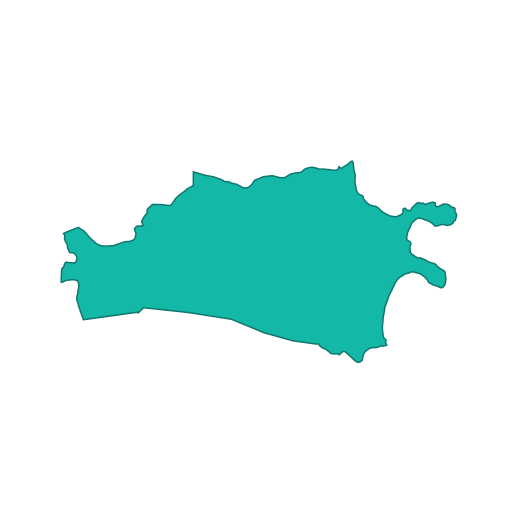 Monchy/Mount Layau, Gros Islet, Saint Lucia (Mercator projection), rotated 31°
{"feature_id": "8701671B54690332526022", "entity_name": "Monchy/Mount Layau", "entity_type": "district", "adm_level": 2, "iso_a3": "LCA", "parent_name": "Saint Lucia", "parent_adm1": "Gros Islet", "projection": "mercator", "projection_center": [-60.92, 14.069], "detail": "fine", "context": "isolated", "style": "filled", "palette": "teal", "viewbox_px": 512, "rotation_deg": 31, "n_neighbors": 0, "source": "geoboundaries", "source_scale": "gbopen_adm2", "svg_char_len": 6124}
<svg xmlns="http://www.w3.org/2000/svg" viewBox="0 0 512 512"><g transform="rotate(31 256 256)"><path d="M158.9,216.1L166.2,228.2L165.6,228.3L165.5,228.8L162.4,233.9L161.9,235.9L158.8,243.5L157.6,247.8L157.3,249.3L157.5,250.5L157.2,252.8L157.2,254.7L156.7,256.3L155.8,257.4L148.9,260.4L140.4,265.3L140.4,266.3L139.8,268.5L139.2,270.0L138.8,271.8L138.9,272.9L139.8,273.4L139.9,274.0L140.6,276.2L140.4,276.9L139.9,279.4L140.1,284.9L140.8,286.0L141.6,286.5L141.9,286.7L142.3,287.2L142.5,287.3L143.2,288.2L143.5,288.2L142.4,289.3L138.7,291.5L138.1,292.8L137.9,294.4L137.9,295.5L141.6,298.7L143.1,302.7L142.8,305.2L140.4,308.4L136.4,311.2L133.7,314.3L128.3,320.8L125.3,322.7L123.4,324.2L118.0,327.0L113.2,327.7L104.7,326.1L96.2,323.3L89.0,323.0L82.0,332.0L79.4,335.8L80.7,336.5L82.0,337.4L82.5,338.8L82.9,339.8L84.2,340.9L86.1,342.3L87.1,342.8L88.4,343.3L89.2,344.8L89.8,345.5L91.3,346.8L92.6,347.7L94.3,348.9L94.6,348.9L98.7,347.3L100.0,347.6L102.4,348.8L103.3,349.4L103.8,350.2L104.0,351.2L104.5,353.1L104.6,354.1L104.3,355.0L103.8,355.4L102.1,356.5L99.6,357.8L97.4,358.6L96.7,358.9L96.1,359.5L96.0,360.2L96.0,361.2L96.4,362.9L96.9,364.2L96.8,364.7L96.5,365.2L96.3,365.6L96.3,366.8L96.6,368.0L98.4,371.5L99.1,372.6L100.7,375.8L101.5,377.2L102.7,378.8L103.7,377.9L104.3,377.2L104.9,375.9L105.3,375.3L107.7,373.1L109.1,372.1L111.4,370.5L112.6,369.9L113.9,369.5L115.9,369.2L116.7,369.6L118.7,371.8L119.6,373.1L120.3,374.5L121.0,376.8L122.4,379.8L122.9,381.3L123.5,383.5L124.7,385.5L125.8,386.5L128.5,388.9L129.6,390.2L140.9,399.5L184.0,364.7L184.4,365.2L186.3,358.2L227.3,339.2L267.5,322.9L302.6,317.6L331.3,309.7L352.2,300.8L354.9,299.3L357.5,300.3L358.2,300.3L358.8,300.4L360.4,300.5L362.9,300.1L364.8,300.0L366.1,300.3L367.3,300.4L369.8,300.9L370.4,300.9L372.1,300.4L376.1,298.1L377.0,297.8L377.9,297.7L378.2,297.8L378.3,297.5L379.6,293.3L380.6,292.5L381.5,292.2L382.7,292.3L388.5,293.4L393.3,294.5L396.0,294.9L396.8,294.8L397.7,294.7L398.5,294.3L399.2,293.9L399.8,293.1L400.0,292.3L400.7,291.2L400.8,290.7L400.5,289.7L399.9,288.5L399.3,286.8L398.8,284.3L398.7,283.1L398.9,282.2L399.4,279.9L400.5,277.7L401.1,276.6L402.1,275.4L403.0,274.5L404.6,273.5L406.1,272.7L406.8,272.1L408.8,269.5L409.6,268.6L410.8,268.1L412.6,266.5L413.8,265.5L414.0,265.2L413.4,264.5L412.0,263.8L411.8,263.5L411.5,263.2L411.4,262.6L410.9,261.4L410.5,261.0L409.6,260.7L408.0,260.5L407.1,259.9L405.2,257.7L402.5,254.3L400.0,250.1L398.5,246.7L397.2,244.3L396.4,242.4L396.2,242.2L395.8,241.1L395.6,240.2L395.2,239.6L395.1,238.8L394.5,237.5L394.3,236.8L393.2,234.3L392.5,232.0L392.1,229.5L391.8,228.3L391.7,227.4L390.5,221.9L390.1,218.2L390.0,214.7L389.6,212.9L389.6,211.3L389.5,210.0L389.2,208.7L389.2,205.0L389.5,202.7L390.3,199.8L390.7,199.0L391.3,198.1L393.4,194.0L394.3,193.4L395.7,192.0L397.6,189.3L399.7,188.4L400.6,188.2L402.4,187.7L404.1,187.1L406.8,186.6L409.8,186.9L412.5,187.4L413.7,187.8L414.2,187.8L415.9,188.7L417.0,189.4L418.1,189.8L423.0,189.5L424.1,189.3L427.1,188.4L429.2,188.3L430.0,188.2L430.9,187.9L431.5,187.5L432.2,187.0L432.5,185.9L432.6,183.3L432.3,181.9L432.1,181.5L431.7,180.4L430.6,177.8L426.9,173.1L425.5,171.9L424.6,171.9L424.0,171.8L423.6,171.9L419.9,171.9L418.6,171.7L417.8,171.7L415.9,171.2L414.8,170.7L414.3,170.6L412.5,170.8L409.0,171.7L406.1,172.3L404.5,172.2L402.7,172.2L399.4,172.6L398.0,173.0L397.2,173.3L396.5,174.1L395.7,174.4L392.6,174.4L391.5,174.4L391.1,174.2L389.8,174.3L388.6,174.2L387.4,173.8L387.0,173.5L386.0,172.7L384.4,170.8L384.2,170.3L383.8,170.0L383.1,168.5L382.8,166.9L382.2,165.3L381.2,164.7L380.3,164.5L377.7,164.4L376.7,164.1L376.3,163.8L376.0,163.3L375.5,161.9L374.9,160.9L374.8,160.3L374.4,159.8L374.3,159.1L373.9,157.9L373.7,156.8L373.4,154.4L373.2,151.7L373.0,149.9L372.7,148.6L372.6,147.8L372.9,146.5L373.5,144.7L373.6,143.7L374.3,141.9L375.4,140.2L376.1,139.6L379.2,138.4L380.6,138.1L382.3,138.1L383.3,137.7L385.8,137.2L389.2,137.1L390.6,137.3L392.8,137.8L393.5,138.2L394.2,138.0L396.1,136.6L398.0,134.4L399.9,132.6L402.4,131.8L404.1,131.5L404.6,131.0L405.8,129.6L406.7,129.1L407.2,128.2L407.3,127.7L407.5,126.8L408.0,126.2L407.9,125.4L407.5,124.6L407.5,124.1L408.0,123.2L408.4,123.0L407.4,118.7L407.0,117.8L405.3,116.2L403.5,115.6L403.0,115.0L403.0,114.1L402.5,113.2L401.4,112.6L400.5,112.5L399.3,113.4L398.5,113.4L396.5,112.9L395.2,112.9L393.0,113.2L390.0,114.8L387.2,119.3L386.0,120.3L384.8,120.6L383.9,120.6L383.1,119.9L382.6,118.4L382.2,118.1L380.5,118.5L379.1,119.4L377.9,120.7L377.0,121.6L376.0,123.0L375.0,123.8L374.8,124.6L374.0,124.8L372.5,124.5L371.6,124.9L370.7,125.7L368.2,126.4L367.4,126.8L366.5,128.3L365.3,133.1L364.9,134.2L364.9,135.4L365.0,135.8L365.0,136.9L364.3,137.9L363.5,138.5L362.4,138.7L362.0,138.9L360.8,138.8L359.9,138.3L359.6,138.4L359.1,138.3L358.0,139.5L358.0,140.4L359.6,142.9L359.6,144.4L359.3,145.5L356.7,149.3L355.3,150.6L354.9,150.7L354.0,151.3L352.8,151.6L350.4,152.6L348.4,152.9L346.3,152.9L345.0,153.1L343.5,153.1L340.2,152.9L336.6,151.9L334.0,151.7L332.6,151.9L331.1,152.7L327.2,153.7L325.3,153.5L321.6,152.8L321.1,152.4L319.7,152.0L318.3,151.3L317.1,149.8L316.3,149.6L311.6,150.1L308.5,148.1L306.5,146.2L304.4,143.4L303.2,142.4L300.3,137.2L300.0,136.4L298.2,134.3L296.0,132.3L293.1,128.5L292.4,127.7L291.3,126.1L290.7,125.5L289.4,125.1L288.2,127.3L287.8,128.8L287.8,129.1L287.3,130.3L284.3,136.4L284.1,136.9L283.7,137.1L281.2,136.7L281.6,139.7L280.1,141.5L277.9,142.8L275.5,143.7L269.0,146.8L267.6,147.6L265.5,149.0L262.4,149.6L259.2,150.6L256.8,152.1L255.0,154.0L253.3,156.0L252.8,157.1L252.5,158.3L252.1,159.7L251.1,161.3L249.1,163.0L246.5,165.0L244.6,166.8L243.6,167.8L242.5,169.6L240.8,173.0L240.3,174.0L240.1,174.2L238.6,175.3L235.8,176.7L234.9,176.9L230.3,178.2L229.2,178.6L227.5,179.6L225.8,180.8L224.9,181.6L222.3,183.6L220.8,185.0L220.4,185.5L219.1,187.7L216.1,191.3L215.6,193.2L215.7,196.0L215.1,198.8L214.3,200.7L213.2,202.0L211.6,203.5L209.3,204.2L205.6,204.3L204.5,204.4L203.0,204.4L202.0,204.6L200.3,205.3L196.6,206.3L195.6,206.4L194.4,206.4L193.8,206.5L192.1,207.7L190.5,208.4L188.9,208.2L185.8,208.5L184.0,208.9L182.4,209.4L179.5,209.8L177.9,210.4L169.9,213.3L158.9,216.1Z" fill="#14b8a6" stroke="#0f766e" stroke-width="1.5"/></g></svg>